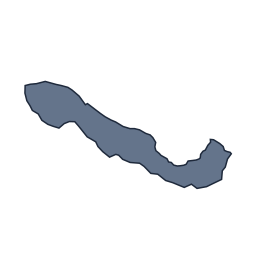 Doros, Limassol, Cyprus (Robinson projection), rotated 136°
{"feature_id": "46923920B97267349783523", "entity_name": "Doros", "entity_type": "district", "adm_level": 2, "iso_a3": "CYP", "parent_name": "Cyprus", "parent_adm1": "Limassol", "projection": "robinson", "projection_center": [32.922, 34.794], "detail": "fine", "context": "isolated", "style": "filled", "palette": "slate", "viewbox_px": 256, "rotation_deg": 136, "n_neighbors": 0, "source": "geoboundaries", "source_scale": "gbopen_adm2", "svg_char_len": 1252}
<svg xmlns="http://www.w3.org/2000/svg" viewBox="0 0 256 256"><g transform="rotate(136 128 128)"><path d="M71.6,37.7L71.4,39.5L73.2,42.4L74.2,44.9L72.4,48.6L72.8,53.1L74.6,60.1L75.4,61.1L76.7,62.6L78.5,60.4L82.5,60.1L87.7,58.4L89.3,58.9L90.3,59.2L94.0,58.6L96.8,56.3L98.4,56.4L101.2,57.6L103.9,59.6L107.7,62.5L111.4,61.5L113.8,62.5L117.1,64.9L119.0,66.5L120.9,69.6L120.8,73.1L122.4,75.4L121.3,78.8L123.3,85.4L123.2,88.1L123.7,92.3L121.8,95.8L118.1,98.4L116.8,103.8L116.9,107.7L119.0,111.8L121.0,118.7L123.8,123.1L127.0,126.2L130.5,132.5L132.7,140.9L134.7,145.6L136.7,152.1L137.9,158.5L140.2,173.7L142.5,174.4L141.0,184.9L141.9,194.3L143.0,199.0L143.6,200.0L146.5,204.9L149.4,209.2L155.2,219.0L163.1,223.5L167.8,227.3L172.5,230.0L173.3,229.2L177.9,224.7L181.8,217.9L183.0,212.1L184.6,207.0L182.8,200.5L184.6,193.4L183.1,186.3L180.6,181.1L177.7,175.9L170.8,175.5L165.7,173.4L161.9,169.5L162.2,163.7L163.5,150.0L160.8,140.5L162.5,135.5L162.6,128.5L161.5,119.8L160.8,119.6L155.1,117.5L153.6,114.9L153.6,109.2L150.4,101.7L144.1,94.6L143.1,89.2L143.1,79.5L138.7,74.1L137.4,64.1L133.8,57.6L128.8,46.2L121.4,43.5L120.3,36.6L112.2,31.2L106.0,29.2L96.4,26.0L89.9,31.7L85.2,32.3L77.9,36.6L71.6,37.7Z" fill="#64748b" stroke="#1e293b" stroke-width="1.5"/></g></svg>